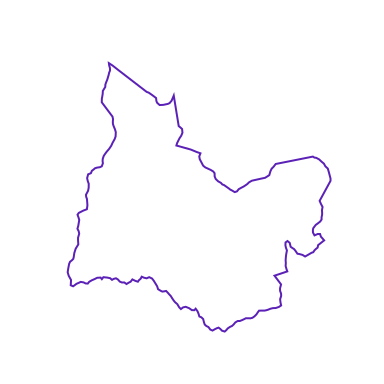 Araraquara, São Paulo, Brazil, rotated 348°
{"feature_id": "56859067B88826988181840", "entity_name": "Araraquara", "entity_type": "district", "adm_level": 2, "iso_a3": "BRA", "parent_name": "Brazil", "parent_adm1": "São Paulo", "projection": "mercator", "projection_center": [-48.185, -21.756], "detail": "fine", "context": "isolated", "style": "outline", "palette": "violet", "viewbox_px": 384, "rotation_deg": 348, "n_neighbors": 0, "source": "geoboundaries", "source_scale": "gbopen_adm2", "svg_char_len": 3824}
<svg xmlns="http://www.w3.org/2000/svg" viewBox="0 0 384 384"><g transform="rotate(348 192 192)"><path d="M208.3,155.9L205.0,153.9L199.6,150.2L186.4,143.3L187.5,141.2L189.3,138.9L191.0,136.8L193.1,134.8L195.0,132.0L195.4,128.3L194.1,126.5L192.7,124.8L194.2,93.9L191.0,98.5L188.5,100.4L186.7,100.8L183.8,100.8L182.0,100.8L178.4,100.2L176.4,97.4L176.1,95.5L176.4,92.6L173.2,88.9L170.3,85.8L168.5,84.7L145.7,57.9L140.6,51.8L137.5,48.7L137.3,51.1L137.5,53.6L137.1,56.1L135.8,58.0L134.8,60.2L133.7,62.2L132.4,64.6L130.8,66.9L129.6,68.9L129.0,71.2L125.8,74.6L125.1,77.3L124.1,79.9L123.2,82.0L122.4,85.5L128.5,98.7L129.9,101.7L129.9,104.4L129.2,106.7L128.8,109.0L129.0,111.0L129.7,114.8L129.9,117.6L128.8,121.8L127.4,124.1L124.6,127.3L122.6,130.0L119.9,132.6L117.0,134.8L115.4,136.2L113.2,138.3L111.6,141.0L111.0,143.0L110.8,145.4L109.1,148.1L107.0,148.6L104.3,148.4L102.1,148.6L100.3,149.6L98.5,150.4L97.0,152.6L94.1,153.1L92.3,156.6L92.3,159.3L92.7,162.5L91.8,166.4L90.6,169.2L87.7,172.7L87.5,174.7L87.8,177.0L87.2,181.5L86.9,183.4L85.6,187.0L81.8,187.6L76.9,188.9L75.3,190.4L75.7,193.3L75.9,195.9L73.7,201.5L72.3,204.1L73.0,206.7L73.0,209.3L71.0,213.1L70.5,215.5L69.9,219.6L66.4,223.3L64.2,227.2L62.8,231.0L62.0,232.7L60.4,233.8L58.2,234.9L56.9,236.7L56.1,238.6L55.0,241.2L53.7,244.6L54.0,248.4L55.4,252.9L54.0,258.0L56.1,259.5L58.0,258.7L59.9,257.8L61.9,257.4L64.5,256.8L67.2,257.9L68.9,259.3L71.0,259.9L72.7,258.5L75.7,257.5L78.3,257.0L81.4,256.2L84.8,256.7L85.7,258.5L87.6,256.9L91.3,258.1L94.0,259.3L95.5,261.3L97.4,260.7L99.7,260.6L101.4,262.2L102.7,264.6L104.6,265.9L107.0,266.4L108.8,268.4L111.3,267.5L113.3,267.0L115.5,265.1L117.9,267.0L120.4,268.5L121.8,267.2L123.7,266.2L125.2,264.4L127.3,265.9L129.7,267.0L132.4,266.4L135.0,268.4L136.2,271.0L137.3,274.1L138.3,276.9L138.6,280.0L140.8,282.1L142.2,283.2L144.1,283.4L146.1,283.4L147.3,285.3L148.2,287.0L149.6,289.3L150.5,291.8L151.6,294.5L152.6,296.4L154.3,298.6L155.5,302.2L156.8,304.2L159.3,303.0L162.0,303.0L165.1,305.1L167.3,307.5L169.7,308.1L171.3,306.9L172.6,309.8L173.1,312.5L173.3,315.3L175.1,316.5L176.5,318.6L176.6,321.7L176.9,324.3L178.2,326.1L180.0,327.5L181.3,330.4L183.3,331.8L185.7,331.0L188.0,330.4L189.8,330.2L191.2,331.8L192.5,333.9L195.0,335.3L196.9,334.2L198.5,332.9L201.2,331.8L203.2,331.4L205.1,330.3L207.2,328.6L209.8,327.7L212.0,328.1L213.9,327.8L215.8,327.4L218.4,326.7L220.9,327.2L222.8,327.7L225.0,327.6L227.3,326.6L229.6,325.1L231.3,323.4L232.9,322.0L238.5,323.1L240.3,323.1L242.2,322.9L244.4,322.5L247.0,322.4L249.7,322.9L253.1,322.5L255.6,321.5L255.6,318.4L255.9,315.2L257.6,312.2L258.0,309.9L257.6,307.0L258.1,304.5L259.9,300.9L255.3,291.0L268.7,289.5L268.4,287.1L268.2,283.8L269.0,281.0L269.4,278.2L270.4,274.8L271.2,272.5L272.7,268.9L272.3,265.9L272.3,263.5L273.0,260.8L275.2,259.8L277.0,262.1L277.1,266.1L278.5,267.6L280.0,269.1L280.9,270.9L282.3,274.3L284.1,275.0L287.0,276.5L289.2,278.6L292.4,277.6L296.3,276.3L298.1,276.1L299.7,274.5L301.3,273.5L303.3,272.5L304.3,270.2L311.2,266.8L309.8,264.2L308.8,262.5L308.5,259.7L306.3,259.2L302.8,259.9L301.9,256.8L302.3,254.5L303.0,252.7L304.7,251.2L306.2,249.9L308.3,249.0L311.3,247.5L313.0,245.9L313.5,243.6L314.5,241.4L315.0,239.3L315.3,236.9L316.6,233.8L315.7,230.6L315.0,227.2L329.8,209.9L330.3,207.6L330.1,203.7L330.0,201.2L329.7,197.3L327.8,194.6L326.9,191.6L325.2,189.5L323.1,186.5L320.6,184.4L318.9,183.8L317.6,182.5L279.7,182.0L277.0,184.3L274.7,185.8L272.9,188.2L271.1,191.6L266.5,193.3L261.8,193.3L252.9,193.4L249.8,194.4L247.6,195.8L243.9,197.3L240.7,198.2L238.2,199.0L236.2,200.7L233.8,201.0L231.3,198.7L229.8,197.5L228.7,196.1L227.1,194.4L224.8,191.9L223.2,190.9L222.2,189.1L219.8,187.0L217.9,184.2L217.4,181.5L218.0,178.3L217.0,176.3L214.9,174.3L211.7,171.9L210.1,170.7L208.4,168.6L206.4,161.5L206.5,158.7L208.3,155.9Z" fill="none" stroke="#5b21b6" stroke-width="2"/></g></svg>